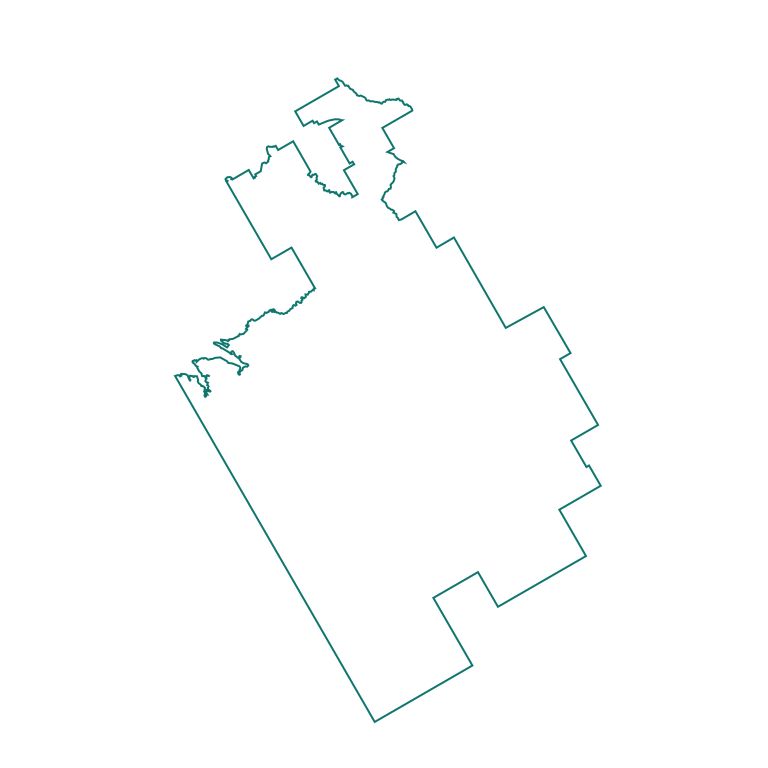 the district of Victoria Daly, Northern Territory, Australia, rotated 330°
{"feature_id": "25037944B16072859725230", "entity_name": "Victoria Daly", "entity_type": "district", "adm_level": 2, "iso_a3": "AUS", "parent_name": "Australia", "parent_adm1": "Northern Territory", "projection": "mercator", "projection_center": [130.631, -15.929], "detail": "fine", "context": "isolated", "style": "outline", "palette": "teal", "viewbox_px": 768, "rotation_deg": 330, "n_neighbors": 0, "source": "geoboundaries", "source_scale": "gbopen_adm2", "svg_char_len": 6150}
<svg xmlns="http://www.w3.org/2000/svg" viewBox="0 0 768 768"><g transform="rotate(330 384 384)"><path d="M207.0,672.0L319.8,672.0L319.8,593.9L371.3,593.9L371.3,633.9L472.9,634.0L473.0,580.5L520.8,580.5L520.8,557.1L517.8,557.1L517.8,526.5L548.9,526.5L548.9,450.5L561.0,450.5L560.8,397.3L517.5,396.3L517.8,292.1L497.6,292.2L497.6,250.1L481.2,250.2L478.8,249.4L479.0,246.9L478.5,245.6L479.7,242.9L477.8,240.3L479.1,239.5L479.1,238.8L478.2,237.2L477.3,236.5L476.9,235.2L475.7,233.6L475.4,231.6L476.0,228.1L474.3,224.1L474.6,223.8L474.4,223.0L475.8,222.7L476.3,221.6L477.2,221.7L477.9,220.6L479.6,219.7L480.4,218.7L481.7,218.4L483.5,218.8L485.8,217.5L487.3,218.1L488.4,217.0L489.4,214.7L493.2,213.6L495.4,211.8L496.0,211.0L496.2,208.7L497.3,208.3L498.7,206.4L500.3,206.1L501.7,203.7L504.2,202.2L504.6,201.4L506.2,201.0L508.0,201.7L509.9,201.6L511.1,200.5L512.3,201.9L512.0,200.4L510.5,199.1L508.3,195.5L507.3,192.7L507.3,189.8L503.0,184.8L510.6,184.8L510.6,161.4L545.2,161.4L545.6,160.2L545.6,157.1L545.3,156.3L544.3,155.6L544.4,154.7L543.8,154.3L543.6,153.2L541.8,152.8L541.3,152.3L541.2,149.9L541.6,149.4L541.2,148.7L541.3,147.6L539.6,146.5L539.3,144.1L537.6,143.6L537.4,144.1L536.8,144.2L533.3,141.7L531.6,141.3L531.1,140.2L530.2,140.2L529.4,139.6L527.5,139.2L526.2,140.2L524.5,139.3L522.2,140.1L521.4,139.2L520.9,137.7L519.9,137.5L519.1,136.4L517.4,135.3L515.4,133.3L513.5,132.4L512.6,130.8L511.1,130.2L510.7,129.1L510.9,127.1L510.3,125.7L508.0,122.5L506.6,122.2L504.9,120.4L505.3,118.8L504.0,115.3L504.2,113.8L502.3,111.4L502.1,107.8L501.2,107.4L500.9,106.7L499.4,106.2L499.2,101.7L498.4,99.9L497.1,98.7L496.3,96.0L493.9,96.0L493.9,103.5L443.4,103.5L443.4,120.3L453.8,120.3L453.8,123.1L457.2,123.1L457.2,126.7L467.4,128.1L473.5,130.1L476.7,131.9L478.0,133.0L477.9,133.4L479.6,134.6L464.6,134.7L464.6,154.3L465.8,154.2L465.8,155.1L465.4,155.4L466.9,157.5L464.5,157.3L464.5,175.8L467.9,175.8L468.0,178.8L456.2,178.8L456.2,206.4L449.9,206.4L450.5,205.3L450.5,202.7L450.2,202.1L449.5,201.1L448.9,201.2L448.1,200.5L445.6,200.6L444.9,200.2L444.1,198.7L444.6,197.6L444.2,197.1L442.5,197.1L440.7,198.0L439.6,199.3L439.2,199.2L438.3,195.9L438.4,193.9L437.8,193.8L437.4,194.6L437.0,194.6L436.3,192.5L434.5,191.4L433.3,191.5L432.8,191.2L432.7,190.4L433.5,189.2L433.4,188.7L431.1,188.8L430.4,187.3L429.0,186.4L429.8,183.8L431.8,183.2L432.3,182.1L430.8,181.0L430.6,179.6L429.5,179.4L429.3,178.0L427.6,177.9L427.5,175.6L426.5,175.1L426.2,174.5L426.5,173.9L428.1,173.3L428.8,171.5L430.1,170.6L429.9,168.0L429.4,167.7L427.8,167.8L426.7,167.0L424.8,168.5L424.2,168.5L423.7,166.2L422.2,164.4L423.0,164.8L424.0,164.3L424.6,164.4L426.6,163.3L426.7,128.4L409.3,128.4L409.3,123.6L407.3,123.6L406.9,122.8L406.0,122.9L403.3,121.2L402.9,120.4L401.2,120.4L400.0,121.8L398.7,126.7L399.4,129.9L398.3,129.7L397.1,130.7L396.6,131.8L395.2,132.6L395.0,133.4L392.3,133.9L391.1,132.3L388.6,132.2L383.6,138.1L377.3,138.1L377.2,140.0L375.3,140.0L375.3,140.8L373.9,140.8L373.9,131.0L355.0,131.1L354.2,130.3L355.0,129.7L355.1,129.2L354.1,127.8L351.7,126.6L349.2,127.3L349.1,128.0L350.1,129.9L349.8,130.1L348.8,129.6L348.8,219.6L372.1,219.6L372.1,266.6L371.2,266.3L370.1,267.6L369.8,266.8L366.9,267.5L365.2,266.7L364.9,267.4L363.6,267.8L362.7,268.5L360.8,267.2L359.9,269.5L357.8,269.8L356.7,268.1L355.8,267.7L355.3,268.4L355.9,269.2L355.6,270.3L354.2,270.6L353.5,272.0L352.8,272.3L351.7,271.7L350.6,269.5L349.3,269.0L348.1,270.1L347.8,271.8L346.5,271.9L345.3,270.5L344.9,270.5L343.5,271.3L342.8,272.5L340.0,272.4L338.7,273.2L336.5,273.1L335.4,273.9L334.5,273.3L332.0,273.2L330.6,271.2L329.1,271.3L327.8,269.1L326.7,268.4L326.4,267.2L325.4,267.2L324.8,266.4L326.2,266.0L326.1,264.5L324.8,263.4L325.2,264.4L324.0,265.7L323.2,265.7L322.7,264.3L323.8,263.6L323.1,263.1L321.2,263.1L320.0,264.0L318.8,263.6L317.9,263.8L316.7,262.5L314.2,264.3L313.3,264.4L312.5,263.9L308.4,264.8L304.2,264.8L303.1,264.1L302.5,262.4L301.9,261.9L301.1,261.8L299.6,262.5L297.7,262.0L295.6,264.2L293.8,264.5L293.8,265.4L295.0,265.0L295.9,265.7L295.5,266.4L294.7,266.3L292.0,267.3L292.7,268.6L292.4,268.8L287.4,270.3L284.3,269.3L284.1,268.6L281.7,269.5L281.8,269.7L275.8,269.4L272.1,267.9L271.6,268.0L271.6,268.6L270.4,268.9L269.0,267.0L265.0,264.1L264.6,265.0L265.8,268.4L267.2,270.1L268.5,270.9L269.1,272.2L269.0,272.8L266.4,273.8L263.6,268.5L260.4,264.8L257.8,263.1L257.3,263.2L257.0,263.7L257.2,264.6L260.2,268.9L260.8,270.1L260.8,271.5L262.0,272.5L265.6,279.1L266.5,281.7L267.2,282.0L266.9,280.6L268.1,279.7L269.2,279.8L269.5,280.2L269.7,282.1L269.3,284.9L270.6,288.3L271.2,288.7L272.9,287.5L273.7,288.2L273.4,288.7L272.8,288.5L272.1,289.3L271.3,289.5L271.4,293.3L272.7,295.7L275.8,298.7L275.8,300.0L274.3,300.6L272.9,299.6L271.1,299.3L269.9,299.5L268.4,301.1L265.4,301.2L264.2,302.7L264.1,303.6L263.6,303.8L262.9,302.9L263.2,301.3L263.6,300.8L264.3,300.7L265.8,299.9L267.4,298.5L267.8,297.5L267.6,296.3L262.8,290.2L259.7,288.0L259.4,285.7L255.4,279.0L250.7,276.9L248.1,276.5L248.0,277.3L247.9,276.6L246.3,275.6L245.2,275.6L243.8,275.0L243.1,273.2L242.1,272.0L240.6,271.9L240.5,271.4L238.8,270.5L236.1,270.3L232.8,271.1L233.3,269.5L231.4,269.0L231.1,269.8L231.4,268.6L229.9,268.4L229.2,269.1L229.2,270.1L229.9,271.5L230.2,274.3L231.2,275.8L230.5,276.2L230.4,277.2L230.3,280.6L231.2,283.7L230.4,286.0L230.7,286.5L232.2,287.1L233.6,288.5L235.2,287.9L236.4,289.3L237.2,288.9L236.4,289.5L234.9,288.2L233.2,289.6L232.7,291.6L232.7,290.1L233.2,289.1L232.6,288.6L232.2,290.9L230.7,292.2L230.9,293.2L232.0,294.6L231.6,294.7L231.8,295.1L230.5,296.4L230.9,296.6L230.8,298.5L229.8,299.1L228.6,301.1L229.7,301.9L230.1,303.4L229.6,303.6L227.6,301.7L226.6,301.7L227.4,300.4L227.0,300.4L225.7,303.2L225.8,304.8L225.0,304.2L224.1,305.5L222.8,305.7L222.7,304.3L224.5,302.6L224.5,300.5L225.5,299.9L226.5,298.2L227.1,297.9L226.5,295.8L225.9,295.5L225.5,294.6L224.8,294.4L225.0,293.1L223.9,290.5L224.0,288.8L225.0,287.7L225.9,283.8L222.8,281.9L222.7,282.9L222.3,283.4L222.7,281.9L220.0,279.8L219.2,280.2L218.1,282.6L218.3,283.8L217.8,284.0L217.6,282.8L218.2,278.3L217.1,276.3L213.5,273.8L212.3,274.2L212.6,275.5L211.3,275.5L211.3,274.9L210.1,273.3L207.1,272.6L207.0,672.0Z" fill="none" stroke="#0f766e" stroke-width="2"/></g></svg>